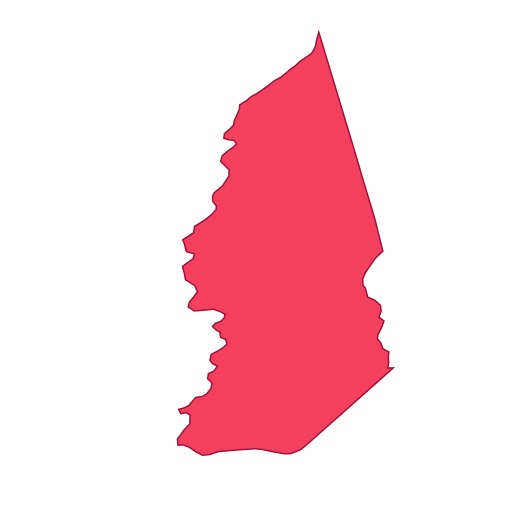 Davinópolis, Maranhão, Brazil, rotated 255°
{"feature_id": "56859067B28644179345725", "entity_name": "Davinópolis", "entity_type": "district", "adm_level": 2, "iso_a3": "BRA", "parent_name": "Brazil", "parent_adm1": "Maranhão", "projection": "equal_earth", "projection_center": [-47.302, -5.583], "detail": "fine", "context": "isolated", "style": "filled", "palette": "rose", "viewbox_px": 512, "rotation_deg": 255, "n_neighbors": 0, "source": "geoboundaries", "source_scale": "gbopen_adm2", "svg_char_len": 1902}
<svg xmlns="http://www.w3.org/2000/svg" viewBox="0 0 512 512"><g transform="rotate(255 256 256)"><path d="M258.0,182.3L251.3,181.8L243.3,189.1L236.7,190.2L233.2,185.9L228.7,179.8L224.4,177.3L219.0,182.0L217.6,189.0L215.6,201.1L211.5,207.1L207.9,210.9L204.4,209.3L202.0,204.9L201.4,199.3L199.1,195.7L195.4,198.0L191.7,201.4L186.5,200.7L183.4,204.9L178.4,205.3L175.8,200.1L174.2,194.7L172.6,187.3L167.3,184.6L163.4,186.0L159.7,190.2L155.8,185.7L154.7,179.6L150.0,177.5L144.7,180.6L139.9,178.3L135.6,172.8L134.2,167.2L135.1,161.2L132.3,157.3L128.9,152.1L127.9,147.1L127.9,141.6L123.1,142.6L122.7,148.3L119.4,151.0L115.6,150.0L111.0,148.6L106.9,141.9L103.3,137.6L99.5,132.7L93.5,131.6L92.3,136.8L88.5,142.1L82.5,147.1L77.4,152.8L76.2,160.0L76.8,169.1L74.8,180.6L70.1,205.4L67.4,212.1L62.0,222.9L57.3,233.1L56.1,238.7L57.4,249.2L60.4,255.5L63.6,262.2L66.2,267.3L70.7,276.3L75.0,284.8L79.0,293.0L112.4,359.6L113.7,354.2L119.0,356.7L123.5,357.5L129.0,359.4L133.4,354.7L140.2,353.9L144.6,351.8L148.7,353.7L154.9,359.2L160.1,362.8L165.0,358.9L170.3,362.6L176.1,363.4L182.5,359.4L187.4,353.3L196.6,353.3L200.3,351.8L205.9,353.0L211.0,356.8L214.0,360.1L222.9,370.6L227.9,379.8L261.2,380.4L265.6,380.3L302.9,379.1L325.9,378.6L455.9,374.6L448.4,370.1L443.6,368.0L440.5,365.4L437.1,361.9L435.2,356.2L432.3,348.3L429.4,342.9L427.9,338.4L424.9,332.3L422.3,326.4L420.7,319.7L414.6,304.5L412.5,297.9L411.3,292.9L408.4,286.7L406.2,279.3L402.1,278.0L396.5,273.6L392.4,270.1L388.3,268.3L385.4,263.4L382.4,257.2L378.0,255.4L375.6,259.2L373.4,264.7L369.4,266.2L366.6,261.2L364.7,255.7L361.6,249.4L356.5,246.3L346.3,252.3L340.1,250.5L332.4,241.8L327.9,231.9L324.7,229.4L320.1,228.4L314.6,230.7L311.1,229.4L308.0,224.5L305.1,218.7L302.3,210.3L300.6,204.3L294.7,201.9L292.1,194.0L290.7,189.5L286.1,190.0L278.3,189.8L273.9,197.2L269.7,194.5L265.0,182.3L258.0,182.3Z" fill="#f43f5e" stroke="#9f1239" stroke-width="1.5"/></g></svg>